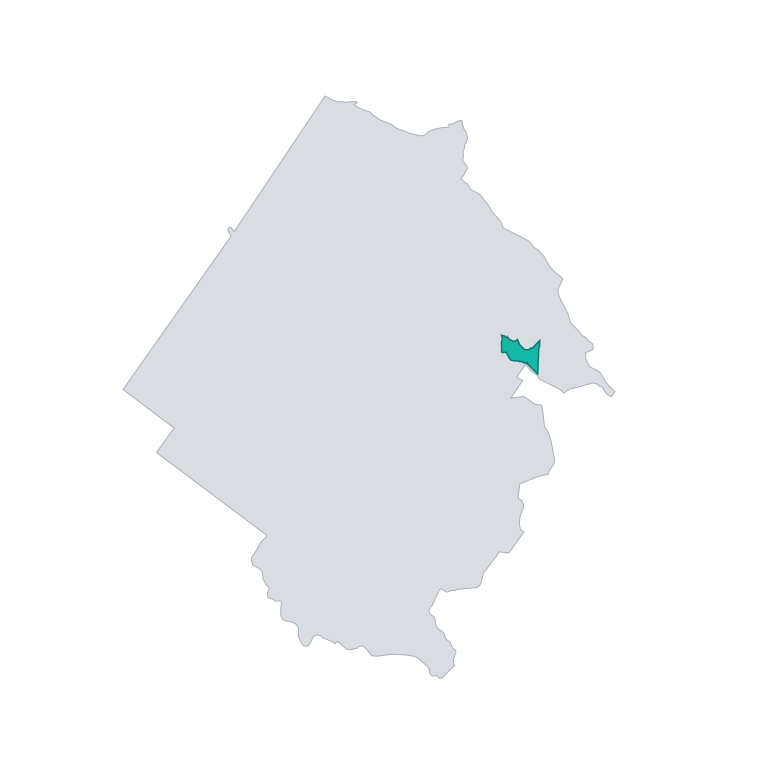 Ad Dali, Sennar, Sudan shown in context, rotated 304°
{"feature_id": "16777658B21682317034415", "entity_name": "Ad Dali", "entity_type": "district", "adm_level": 2, "iso_a3": "SDN", "parent_name": "Sudan", "parent_adm1": "Sennar", "projection": "orthographic", "projection_center": [33.523, 12.54], "detail": "fine", "context": "in_parent", "style": "filled", "palette": "teal", "viewbox_px": 768, "rotation_deg": 304, "n_neighbors": 0, "source": "geoboundaries", "source_scale": "gbopen_adm2", "svg_char_len": 5057}
<svg xmlns="http://www.w3.org/2000/svg" viewBox="0 0 768 768"><g transform="rotate(304 384 384)"><path d="M507.0,579.6L501.1,579.6L500.4,578.2L500.5,574.3L501.2,571.3L503.4,566.7L502.8,564.1L503.1,560.4L501.5,556.3L487.3,544.4L484.5,541.1L476.8,538.0L478.1,534.7L475.0,510.2L476.6,507.3L477.0,503.0L477.0,499.3L478.8,493.0L479.0,490.4L463.9,490.1L463.7,492.8L464.4,495.9L464.4,497.0L443.3,497.1L451.7,506.7L452.0,510.9L451.6,516.2L451.7,519.5L452.1,521.7L454.4,526.0L454.2,526.8L453.7,527.9L438.7,540.6L436.1,546.5L434.1,549.6L429.7,554.8L415.9,568.4L413.7,569.3L403.2,569.6L402.2,570.0L401.4,570.6L400.9,570.4L392.0,562.3L377.1,552.5L367.1,557.4L364.4,559.2L364.3,563.8L362.8,566.2L360.0,568.7L352.7,570.2L348.8,571.6L344.2,574.1L339.7,578.4L339.4,580.6L339.8,582.7L314.5,582.1L312.8,580.5L309.3,573.2L306.7,573.6L283.6,572.2L280.3,572.9L273.7,575.6L270.4,576.0L267.0,574.6L255.2,560.0L252.6,558.3L250.0,554.8L247.4,553.2L246.6,552.1L246.3,550.6L246.5,547.5L245.7,545.5L243.8,545.0L227.5,547.8L225.2,547.3L221.8,547.8L220.6,548.4L219.2,550.2L218.9,554.1L218.4,556.0L217.1,558.1L212.4,562.8L211.3,564.9L211.4,570.2L211.0,572.9L210.3,574.1L208.2,576.1L207.4,577.2L206.5,584.0L203.8,588.0L203.2,589.5L203.0,592.4L202.6,593.3L195.2,595.4L192.4,596.8L190.7,599.1L190.2,600.1L187.1,599.1L183.1,598.4L175.5,597.3L172.5,596.2L171.1,594.5L171.7,590.4L170.9,589.5L169.7,588.7L168.9,586.9L169.2,584.7L173.3,580.1L174.2,577.6L175.6,565.7L175.4,562.0L172.4,555.2L165.5,543.4L163.8,541.0L155.0,531.1L154.0,529.7L151.9,525.6L154.6,516.9L154.9,514.4L154.4,511.9L152.1,509.9L150.1,509.6L147.5,507.1L145.8,506.0L144.3,503.8L143.3,500.9L144.5,490.5L144.0,489.1L141.7,488.7L141.2,487.9L141.4,485.9L140.4,479.9L139.2,475.0L140.0,472.3L138.3,468.5L134.7,466.8L127.4,467.7L125.1,467.4L123.6,466.6L122.6,465.2L122.1,463.6L122.7,461.2L125.0,456.9L127.7,453.4L133.0,450.3L134.5,448.6L135.4,446.7L135.6,444.5L135.4,442.1L134.9,439.9L133.5,437.0L132.2,433.6L132.3,431.3L133.1,429.7L134.5,427.8L139.9,424.2L145.3,421.3L146.2,420.2L145.9,418.8L143.6,416.1L143.1,411.0L142.0,407.4L144.7,404.8L146.8,404.0L149.9,403.3L151.1,402.2L151.6,400.1L151.6,398.0L152.8,396.6L154.4,393.4L155.7,392.0L159.9,388.3L160.9,385.9L161.2,383.5L160.5,376.3L163.0,373.4L166.0,371.0L170.3,371.4L176.9,371.1L181.4,370.2L184.6,370.4L191.9,372.0L192.7,371.5L193.1,369.6L200.0,233.7L229.7,234.7L230.1,234.5L233.5,170.7L419.8,174.5L421.3,174.3L424.3,168.4L425.6,167.9L427.5,168.3L428.2,169.7L426.5,174.6L589.9,174.1L590.4,181.4L591.8,187.2L596.7,195.5L600.7,200.0L602.2,202.4L602.3,203.6L602.2,204.6L600.9,203.4L598.9,202.6L598.7,206.5L599.9,214.5L601.6,220.1L600.6,225.3L600.9,234.1L603.3,244.7L603.0,251.4L606.8,267.1L610.3,275.8L612.2,278.0L614.3,279.1L618.3,279.8L624.3,284.1L629.1,288.8L630.8,291.2L633.2,293.9L634.7,293.4L635.6,292.6L637.2,294.8L644.7,299.4L645.9,301.5L643.3,303.7L640.3,307.5L638.9,310.9L638.1,312.0L635.7,314.3L635.3,315.3L634.2,316.0L633.1,316.0L630.6,317.3L628.3,316.9L626.0,317.6L625.2,318.5L623.3,319.2L620.9,319.6L617.1,322.6L613.7,324.1L612.6,325.2L610.9,331.1L609.7,332.6L604.7,332.8L602.2,333.4L598.9,332.8L597.2,332.9L596.8,334.1L596.3,339.1L596.5,341.2L593.7,347.0L594.7,357.6L592.1,365.6L591.8,367.4L589.1,373.7L587.7,376.1L584.4,387.9L583.0,391.6L580.1,395.4L583.5,423.7L581.1,432.4L581.3,437.2L579.6,444.2L578.2,447.5L576.0,451.4L574.1,455.8L572.5,461.5L571.5,472.5L571.0,473.5L561.9,474.9L559.1,475.7L557.2,476.9L554.9,479.7L550.3,487.4L547.9,492.2L544.1,498.6L539.7,503.2L538.8,505.4L538.1,509.5L536.5,516.1L535.0,520.7L535.3,524.4L533.9,530.9L534.1,534.1L532.6,535.8L530.5,537.5L529.0,537.9L522.7,533.6L518.2,536.6L515.4,540.8L513.3,545.1L514.5,554.0L514.4,556.0L513.8,558.1L509.6,566.9L508.4,570.9L507.1,577.9L507.0,579.6Z" fill="#d9dde1" stroke="#a8b0b8" stroke-width="1"/><path d="M495.5,469.6L492.9,469.0L491.7,467.0L491.1,463.1L491.7,460.6L492.2,459.8L491.5,459.8L491.1,459.7L490.9,459.6L490.8,459.1L490.7,458.7L491.1,457.7L491.3,457.4L491.2,457.1L490.9,456.5L490.4,454.8L490.2,454.5L490.1,454.1L488.0,456.7L483.6,458.4L478.9,461.9L477.9,462.6L476.2,463.6L476.4,464.4L476.4,464.6L476.4,464.8L476.6,465.0L478.6,467.3L476.9,470.8L475.7,472.9L474.9,475.4L474.9,476.3L476.2,479.3L477.5,481.1L477.7,481.5L478.1,482.8L478.3,483.2L478.7,484.6L479.9,485.8L479.7,487.5L479.9,488.6L480.4,488.6L480.8,490.2L480.8,490.4L482.1,490.4L482.2,490.5L482.0,490.9L481.8,491.1L481.7,491.2L481.4,491.4L481.2,491.6L481.1,491.8L480.9,492.0L480.8,492.3L480.6,493.4L480.3,495.3L480.0,496.4L479.8,497.6L479.1,501.1L478.2,505.8L478.4,505.7L480.3,504.5L481.1,504.0L481.9,503.7L484.0,502.3L485.0,501.6L490.9,497.9L491.5,497.7L491.8,497.6L495.6,495.1L496.2,494.7L500.0,492.5L502.5,491.8L504.0,490.7L505.0,490.2L505.3,490.0L506.3,489.2L506.5,489.0L506.7,488.8L506.7,488.7L506.8,488.7L506.5,488.5L506.3,488.5L505.1,488.4L504.7,488.3L503.9,488.2L503.7,488.2L501.3,487.7L498.7,487.3L496.4,486.8L496.2,485.7L493.5,484.9L492.0,482.9L491.1,481.6L491.7,478.3L492.3,475.5L492.4,475.0L492.3,474.7L492.7,474.1L494.0,472.2L495.0,470.6L495.5,469.6Z" fill="#14b8a6" stroke="#0f766e" stroke-width="1.5"/></g></svg>